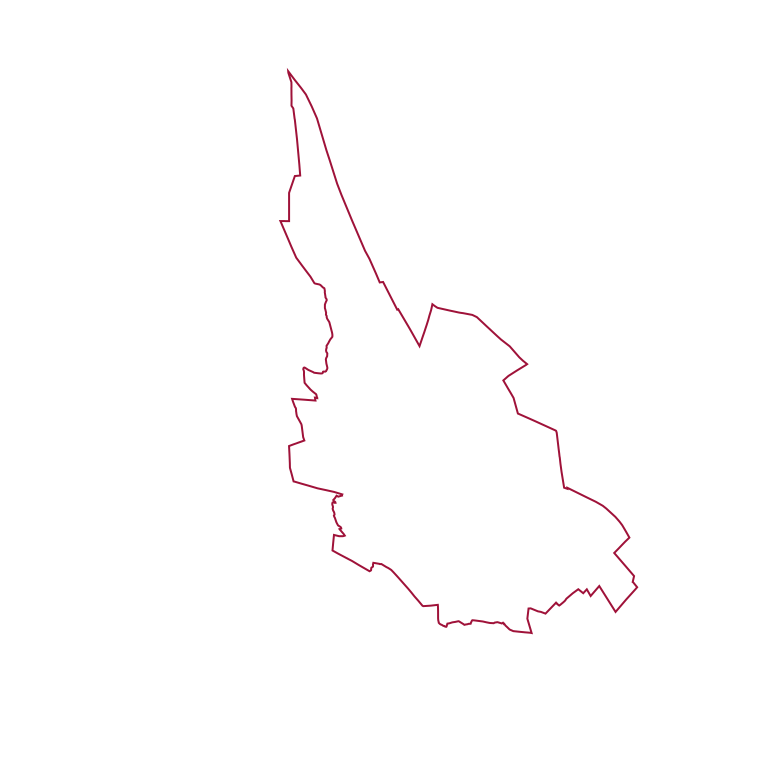 Gulbene, Gulbene, Latvia (Equal Earth projection), rotated 58°
{"feature_id": "27541924B45220335031479", "entity_name": "Gulbene", "entity_type": "district", "adm_level": 2, "iso_a3": "LVA", "parent_name": "Latvia", "parent_adm1": "Gulbene", "projection": "equal_earth", "projection_center": [26.756, 57.173], "detail": "fine", "context": "isolated", "style": "outline", "palette": "rose", "viewbox_px": 768, "rotation_deg": 58, "n_neighbors": 0, "source": "geoboundaries", "source_scale": "gbopen_adm2", "svg_char_len": 5613}
<svg xmlns="http://www.w3.org/2000/svg" viewBox="0 0 768 768"><g transform="rotate(58 384 384)"><path d="M651.1,409.5L651.1,409.1L653.2,409.0L655.8,408.3L658.3,407.7L658.9,407.5L662.1,405.3L666.0,400.3L669.4,395.9L672.3,392.0L673.4,390.8L659.0,386.8L651.0,380.4L652.0,378.5L658.4,373.9L660.3,371.8L664.3,368.7L662.3,360.7L660.9,355.1L660.6,354.0L661.6,353.9L661.6,353.7L663.9,353.2L664.4,352.7L664.7,352.7L664.7,351.9L664.6,351.0L664.5,350.3L664.4,349.6L664.2,348.0L663.9,346.3L663.9,346.0L663.7,345.5L663.4,344.5L663.0,343.8L662.7,342.9L662.3,340.3L661.8,336.9L661.5,334.9L661.0,328.0L667.0,325.9L665.6,320.8L673.3,321.1L669.4,308.5L700.0,308.4L695.1,292.8L691.3,279.5L690.5,277.0L684.0,277.8L683.7,278.0L679.4,273.7L666.8,275.6L649.3,278.3L648.2,273.7L646.7,267.8L645.5,263.0L645.4,262.5L644.3,257.3L640.0,257.1L634.2,256.9L630.0,256.8L625.5,257.2L624.9,257.3L619.3,258.2L607.4,261.5L603.2,263.0L596.1,266.8L587.8,272.0L569.2,283.5L570.1,284.0L567.4,286.2L553.1,280.2L552.4,279.9L545.1,276.6L539.5,273.9L538.4,273.5L535.5,272.1L531.8,270.4L528.2,268.7L526.3,267.8L517.6,263.7L516.7,263.3L515.4,263.0L515.0,262.9L514.7,263.0L514.4,263.1L508.8,266.8L495.8,275.4L489.7,279.5L480.0,286.1L464.5,281.5L458.7,281.3L453.9,281.2L444.2,280.9L443.1,274.2L443.0,263.9L443.1,253.4L443.0,252.1L438.0,253.8L433.1,255.1L418.7,257.4L408.3,261.2L403.4,262.6L389.7,266.3L376.5,269.8L372.2,272.5L366.0,279.2L363.9,281.7L362.9,282.8L358.9,286.9L356.6,289.3L347.7,298.3L345.7,299.2L344.6,299.7L342.0,300.7L344.8,303.4L346.4,305.0L350.1,309.3L353.0,312.4L356.6,316.6L358.0,318.3L361.0,321.9L361.1,322.0L364.4,326.1L367.1,329.4L370.7,333.8L353.4,333.0L347.8,332.8L347.4,332.8L328.1,332.3L328.0,333.4L297.0,330.7L295.6,333.8L286.2,332.3L270.0,330.0L261.0,329.5L228.7,324.5L201.2,319.9L189.3,317.6L165.2,311.4L155.4,309.0L123.3,300.1L110.2,298.2L97.1,296.8L89.4,297.4L78.5,298.6L68.0,299.5L69.4,300.2L79.0,302.6L83.3,305.2L83.5,305.4L86.6,307.3L89.5,309.1L94.2,311.9L99.0,315.0L102.3,314.9L111.6,319.2L112.5,319.5L130.2,328.0L153.0,339.5L162.8,344.6L160.4,349.4L171.6,363.2L195.6,378.2L190.9,385.5L212.2,388.8L218.4,389.8L230.4,391.5L234.2,391.2L240.6,390.7L246.4,390.2L254.0,389.5L261.5,389.6L262.0,389.4L262.6,388.9L265.4,386.0L266.5,385.4L269.8,384.6L271.1,383.9L271.7,384.0L273.9,384.9L274.8,385.6L279.0,387.4L279.7,387.8L281.8,387.8L282.7,388.3L283.6,389.8L285.3,392.0L288.3,393.9L289.5,394.2L292.8,395.3L294.5,396.5L296.0,396.6L297.2,397.3L298.6,397.6L301.0,397.6L302.6,397.6L310.9,400.2L312.2,400.6L313.1,400.9L314.3,401.4L315.3,401.9L316.6,402.8L317.2,404.4L317.7,405.9L319.1,408.4L319.9,409.7L321.2,412.5L323.0,413.5L323.3,414.0L323.9,414.6L324.9,415.4L325.4,415.6L326.0,415.8L326.7,415.9L327.5,415.8L328.1,415.9L329.9,417.2L330.5,417.7L331.1,418.9L332.2,420.2L332.4,420.3L336.3,422.1L338.8,422.9L339.9,423.3L340.5,423.6L341.1,424.2L341.7,425.1L341.8,425.5L342.4,426.3L342.4,427.2L342.3,427.4L341.8,428.1L341.3,428.9L341.3,429.2L341.8,429.7L342.1,430.0L342.2,430.9L341.6,432.0L340.4,433.6L338.8,435.6L337.4,437.3L336.2,437.9L334.1,439.3L332.0,440.7L329.2,442.0L328.0,442.6L327.8,443.0L327.7,443.3L327.8,443.7L328.6,444.6L330.4,445.0L331.5,445.5L333.8,447.0L337.6,449.0L340.9,450.7L344.1,450.3L349.7,449.3L352.5,448.5L356.7,447.0L357.8,447.2L359.1,447.8L360.0,447.8L360.6,448.1L359.0,449.8L361.7,450.9L354.8,460.3L347.9,469.8L350.7,470.5L353.7,471.1L355.1,471.4L356.1,471.6L357.9,471.6L359.2,472.2L360.5,473.0L361.5,473.4L363.0,474.1L365.1,474.9L371.1,475.2L374.4,475.4L375.8,475.9L382.1,478.8L384.9,480.1L386.2,480.7L389.7,481.5L387.0,493.8L386.3,497.4L393.5,501.4L400.7,505.5L401.4,505.9L404.4,507.7L405.3,508.2L412.0,510.2L418.7,512.3L419.5,511.5L424.8,506.8L430.1,502.0L437.3,495.6L443.2,489.5L449.1,483.5L455.4,478.0L455.5,478.3L456.4,478.7L456.0,479.9L455.8,480.7L455.3,482.5L453.6,483.4L454.9,486.3L455.5,488.5L456.3,488.7L457.5,488.1L458.4,487.9L459.0,488.1L458.6,488.8L457.5,489.7L457.3,490.5L458.1,491.3L459.0,491.8L460.0,492.0L461.0,492.3L461.8,492.8L462.6,493.7L464.5,494.2L465.6,494.2L467.1,494.5L468.6,495.2L469.0,496.2L469.3,496.3L470.2,496.5L471.6,496.6L474.1,497.2L476.3,497.7L479.6,497.9L482.2,496.6L483.4,496.6L483.9,496.8L483.5,498.6L484.6,498.5L488.4,497.9L489.5,497.7L491.8,497.6L491.6,498.6L491.2,499.7L489.2,502.8L485.5,506.4L492.1,511.5L497.9,515.9L498.1,515.8L503.0,513.1L505.8,511.5L513.2,507.2L517.1,504.9L524.2,501.3L534.7,495.7L535.1,495.5L535.2,494.1L535.1,493.7L534.8,493.4L534.3,493.1L533.8,492.7L533.4,492.3L533.1,492.0L533.1,491.8L533.1,491.1L533.0,490.1L532.6,489.8L531.9,489.3L531.2,489.0L531.0,488.8L530.0,487.8L530.8,486.9L531.5,486.1L534.1,483.2L534.5,483.0L535.3,481.6L540.5,479.0L542.3,477.9L545.5,476.4L548.8,475.7L554.2,474.7L560.7,473.6L567.3,472.5L570.2,472.0L575.2,471.3L580.4,470.7L585.8,469.8L592.4,468.9L593.2,468.4L595.3,464.5L596.7,461.9L599.8,455.4L601.0,456.0L602.9,457.1L605.1,458.4L607.7,460.0L611.4,462.3L613.1,463.2L614.9,463.8L615.5,464.1L617.0,463.8L618.2,463.2L618.5,462.9L618.8,462.7L619.4,462.4L619.9,462.1L620.3,462.0L621.2,461.3L621.2,461.1L621.3,461.0L622.0,460.8L622.3,460.6L622.6,460.2L622.8,460.0L622.9,459.9L622.9,459.7L622.5,459.1L621.9,458.6L621.6,458.0L621.2,457.7L620.8,457.2L621.6,455.3L622.2,452.9L622.5,452.0L623.5,449.7L624.6,446.6L625.0,446.2L630.1,443.7L630.8,443.5L631.0,443.2L631.1,442.5L632.0,440.4L632.2,439.4L633.1,437.8L633.2,437.5L632.8,437.1L632.4,436.6L631.2,434.7L631.2,434.2L632.3,432.7L637.8,426.0L640.2,423.6L642.0,421.7L642.9,420.7L645.0,417.7L645.0,416.6L646.0,414.2L646.2,413.9L649.0,411.4L649.5,411.0L649.5,410.9L649.5,410.3L649.5,410.1L649.5,409.6L650.3,409.5L651.1,409.5Z" fill="none" stroke="#9f1239" stroke-width="2"/></g></svg>